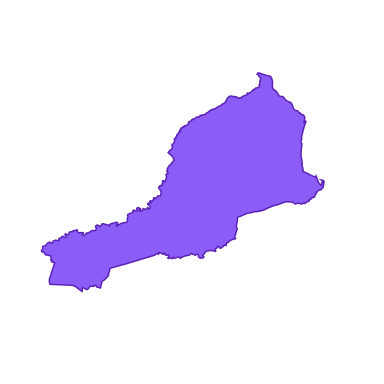 the district of El Retén, Magdalena, Colombia, rotated 110°
{"feature_id": "7082276B19803419989566", "entity_name": "El Retén", "entity_type": "district", "adm_level": 2, "iso_a3": "COL", "parent_name": "Colombia", "parent_adm1": "Magdalena", "projection": "albers", "projection_center": [-74.323, 10.652], "detail": "fine", "context": "isolated", "style": "filled", "palette": "violet", "viewbox_px": 384, "rotation_deg": 110, "n_neighbors": 0, "source": "geoboundaries", "source_scale": "gbopen_adm2", "svg_char_len": 6050}
<svg xmlns="http://www.w3.org/2000/svg" viewBox="0 0 384 384"><g transform="rotate(110 192 192)"><path d="M255.9,178.4L253.8,175.8L253.5,174.9L252.0,172.7L250.5,172.3L250.0,171.7L250.4,170.2L250.0,168.8L250.4,167.4L248.9,166.2L248.7,165.3L249.1,164.4L250.6,163.8L251.3,162.3L251.1,160.8L250.6,160.3L250.1,159.1L249.0,158.6L248.0,159.9L247.3,160.1L245.8,159.3L244.4,159.1L242.5,158.0L240.4,154.2L239.9,151.7L239.9,149.7L239.2,149.5L238.2,150.4L237.6,150.6L236.7,150.2L236.1,149.4L234.3,149.3L234.1,148.3L235.2,146.6L235.0,145.7L233.1,144.7L232.5,143.9L230.9,143.5L230.5,141.6L228.2,142.2L227.1,140.8L225.4,140.3L222.0,137.0L221.4,135.3L220.6,135.2L219.8,136.5L219.1,136.8L217.3,136.5L213.0,137.0L211.6,136.8L210.8,137.1L209.4,138.6L203.1,139.6L200.9,140.5L199.6,140.1L197.4,137.2L195.5,135.5L195.4,135.0L194.7,134.6L192.8,132.3L191.2,129.3L189.1,126.5L188.1,123.9L187.3,123.2L187.0,122.1L184.4,118.4L180.1,114.1L176.9,110.5L174.9,107.4L169.9,101.7L168.6,99.3L167.9,96.6L167.4,95.6L167.3,93.0L168.0,90.7L166.5,89.3L165.9,86.9L166.0,85.1L164.5,83.5L164.1,81.9L161.6,80.3L160.7,78.9L158.5,78.9L157.9,77.7L155.9,76.8L154.9,75.2L153.2,75.2L148.8,74.5L147.2,73.5L145.5,71.4L142.6,70.3L137.0,71.5L136.5,72.1L136.2,73.6L136.5,74.6L136.9,72.9L137.3,73.0L137.8,72.5L138.3,73.1L139.3,73.3L140.2,72.8L140.8,73.0L141.1,72.7L141.4,73.3L140.7,75.2L139.4,76.7L134.5,80.9L135.6,80.9L136.0,81.5L135.8,82.2L135.4,81.9L135.8,82.4L135.8,83.5L135.6,86.8L135.0,89.2L135.2,90.0L134.7,92.7L135.0,94.4L131.2,96.3L129.8,97.6L128.3,97.9L124.1,99.9L121.5,101.6L117.4,103.2L109.2,105.1L108.6,106.5L104.1,107.3L102.4,108.0L98.5,108.4L92.2,109.0L86.8,109.0L86.6,109.6L88.0,109.6L88.6,110.4L88.0,110.7L84.2,111.2L82.3,112.3L81.5,114.0L81.6,115.8L81.2,117.5L80.8,117.5L80.9,118.4L79.6,120.5L80.0,122.2L79.8,123.8L78.5,125.5L75.6,127.7L74.5,129.2L74.1,130.2L74.0,133.6L73.7,135.2L71.7,138.2L71.3,139.4L71.9,141.8L71.7,143.2L68.6,147.1L67.6,150.9L66.2,152.2L60.5,154.2L57.7,156.2L56.8,157.3L56.5,158.3L57.1,162.8L57.2,169.9L57.8,170.9L58.9,171.1L58.7,170.7L60.5,168.4L61.2,166.4L65.3,166.0L67.1,165.3L68.5,165.6L69.4,164.5L70.6,165.1L71.4,165.8L72.5,167.7L74.1,168.1L74.6,169.4L77.1,170.2L79.9,172.4L80.0,173.8L81.8,173.6L85.0,177.3L86.8,178.0L86.9,179.1L88.1,180.1L87.4,182.8L87.7,183.5L87.6,184.3L88.2,184.7L88.1,186.4L88.7,188.8L89.4,189.6L91.5,190.8L96.6,191.5L98.3,192.6L98.8,193.5L100.7,194.4L103.5,197.1L106.1,199.0L106.9,200.4L108.9,202.7L111.7,204.3L113.4,205.8L114.7,206.0L115.5,208.0L117.4,209.9L117.2,210.4L118.0,210.3L118.5,211.0L119.0,210.8L120.1,213.5L120.6,213.5L122.7,215.0L123.1,216.2L123.7,216.0L124.2,216.9L125.7,217.3L127.0,219.0L127.7,219.1L128.0,218.6L131.1,219.5L132.1,221.5L133.1,221.9L133.6,222.5L133.8,222.1L134.7,223.3L135.4,223.4L135.7,224.1L137.7,224.4L138.2,223.7L138.7,224.6L140.0,224.6L140.2,224.2L140.7,224.8L142.8,225.3L143.6,225.8L144.6,225.5L145.9,225.9L146.7,225.7L148.1,226.8L148.5,226.7L148.6,226.3L149.5,225.9L151.8,225.6L152.1,225.9L153.1,226.1L154.2,227.1L155.5,226.5L156.7,225.6L157.3,225.6L159.8,226.2L160.3,227.0L163.2,227.9L165.2,222.6L167.6,220.1L168.5,219.7L170.7,220.7L173.4,221.4L175.1,222.5L178.7,223.2L180.0,222.3L181.0,222.9L181.7,221.5L182.6,221.0L183.2,221.0L183.6,222.1L184.4,222.4L186.6,221.1L188.9,220.7L191.9,221.5L191.2,222.9L191.5,223.4L192.0,223.4L193.2,222.7L194.8,222.8L195.5,222.2L196.1,222.2L196.7,223.9L198.9,225.0L199.5,224.6L202.4,221.0L206.1,220.3L206.7,220.6L207.0,222.2L207.4,222.7L210.9,224.0L210.2,225.1L210.5,225.9L213.4,225.8L214.2,226.5L214.4,228.0L215.0,228.4L215.6,228.2L216.0,227.1L216.7,226.9L217.3,228.2L217.2,229.0L217.8,229.6L218.7,229.4L219.6,227.1L220.4,226.1L221.0,225.9L222.0,226.0L222.5,226.7L221.8,228.0L221.8,228.5L223.4,228.8L224.0,229.2L224.2,230.0L224.2,231.8L224.7,232.2L226.7,232.4L227.3,233.2L227.7,234.9L227.5,235.5L227.0,235.5L226.0,234.4L225.6,234.4L225.1,234.8L225.3,236.4L225.0,237.0L225.3,237.8L226.4,238.3L227.7,237.6L228.8,237.6L229.1,238.3L228.8,240.1L229.0,240.5L229.9,241.2L231.1,240.6L231.7,240.8L233.1,242.8L235.2,244.7L235.7,244.7L237.0,243.7L239.1,243.8L241.6,242.6L242.5,242.8L245.7,247.8L248.6,250.2L249.8,250.9L249.9,251.3L249.1,251.7L247.6,251.0L246.7,251.1L246.2,251.6L246.3,252.8L247.5,254.1L248.6,256.1L249.9,257.7L250.7,258.1L252.1,257.9L251.6,260.0L252.1,262.8L252.1,264.5L253.0,265.8L255.2,266.0L255.6,266.2L255.4,269.8L256.6,270.7L257.4,270.9L258.0,270.5L258.6,269.2L261.0,269.6L261.7,270.4L262.4,272.9L263.6,273.5L264.4,274.4L265.9,275.3L266.6,277.1L269.3,278.0L269.6,278.5L270.0,279.6L269.8,280.2L269.2,280.4L267.9,279.9L267.3,280.3L269.1,284.6L268.7,285.7L267.0,286.8L266.9,287.5L268.2,288.3L268.7,290.1L270.3,291.1L271.3,293.2L272.1,293.6L273.6,293.2L274.8,293.9L274.5,296.1L275.0,296.9L275.7,296.7L276.5,295.2L277.2,295.2L278.2,295.7L278.3,296.5L277.7,297.8L278.0,298.5L280.5,300.0L281.1,301.0L281.7,301.1L282.7,300.6L283.6,301.0L283.9,303.8L285.1,304.9L285.6,305.7L287.6,305.9L288.3,306.5L288.2,307.5L287.7,308.2L288.1,309.1L290.1,310.5L292.4,311.3L293.2,312.0L293.8,313.3L294.5,313.7L296.2,312.9L298.6,313.4L299.1,313.1L299.6,311.3L299.2,310.8L300.2,309.0L301.1,308.4L300.4,303.5L300.5,302.5L304.6,301.1L303.8,300.2L305.1,299.2L305.6,299.5L305.6,296.8L322.6,296.2L325.0,295.4L327.3,294.1L327.5,294.4L320.6,272.6L320.6,269.5L323.1,261.4L322.0,261.4L320.4,262.2L319.6,262.1L319.2,261.3L319.7,258.5L319.5,257.3L318.4,256.3L315.7,255.7L315.2,255.2L314.4,252.3L312.7,250.9L312.7,250.2L313.6,249.3L313.9,248.4L313.5,247.3L313.8,245.7L313.4,245.2L312.7,245.1L311.9,245.6L306.7,245.8L305.5,245.2L304.7,244.3L299.1,241.8L297.4,242.6L294.8,242.4L292.5,243.0L291.9,242.8L291.2,242.1L285.1,233.8L283.2,230.9L268.1,210.8L267.6,209.7L266.8,209.2L266.2,208.1L264.0,205.4L262.0,204.1L261.7,203.5L262.1,202.4L261.2,201.9L260.4,202.4L259.8,202.2L260.4,198.0L260.1,197.5L259.1,197.6L258.8,196.8L260.1,195.6L260.4,194.6L259.2,192.7L259.4,192.3L261.0,191.9L262.3,192.2L262.6,191.4L261.3,190.4L261.6,188.5L261.4,188.0L259.6,187.2L260.4,186.0L257.9,182.8L257.8,181.4L258.3,180.2L256.9,179.7L256.7,178.8L255.9,178.4Z" fill="#8b5cf6" stroke="#5b21b6" stroke-width="1.5"/></g></svg>